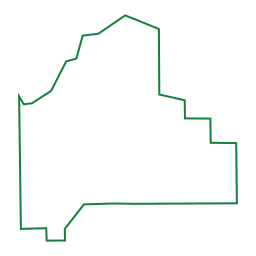 the district of Scott, Indiana, United States of America
{"feature_id": "52423323B28319824001651", "entity_name": "Scott", "entity_type": "district", "adm_level": 2, "iso_a3": "USA", "parent_name": "United States of America", "parent_adm1": "Indiana", "projection": "robinson", "projection_center": [-85.762, 38.697], "detail": "fine", "context": "isolated", "style": "outline", "palette": "green", "viewbox_px": 256, "rotation_deg": 0, "n_neighbors": 0, "source": "geoboundaries", "source_scale": "gbopen_adm2", "svg_char_len": 426}
<svg xmlns="http://www.w3.org/2000/svg" viewBox="0 0 256 256"><path d="M19.1,96.4L20.9,228.9L46.2,228.2L46.7,240.6L65.0,240.5L64.8,228.9L83.9,204.4L103.0,203.8L113.7,203.5L134.4,203.8L236.9,203.3L236.2,143.1L210.7,142.8L210.4,118.6L185.0,118.4L184.7,100.3L159.3,94.5L158.9,29.0L125.2,15.4L98.2,33.8L82.7,35.6L76.4,58.6L66.2,61.4L51.1,90.9L31.9,103.3L23.8,104.3L19.1,96.4Z" fill="none" stroke="#15803d" stroke-width="2"/></svg>